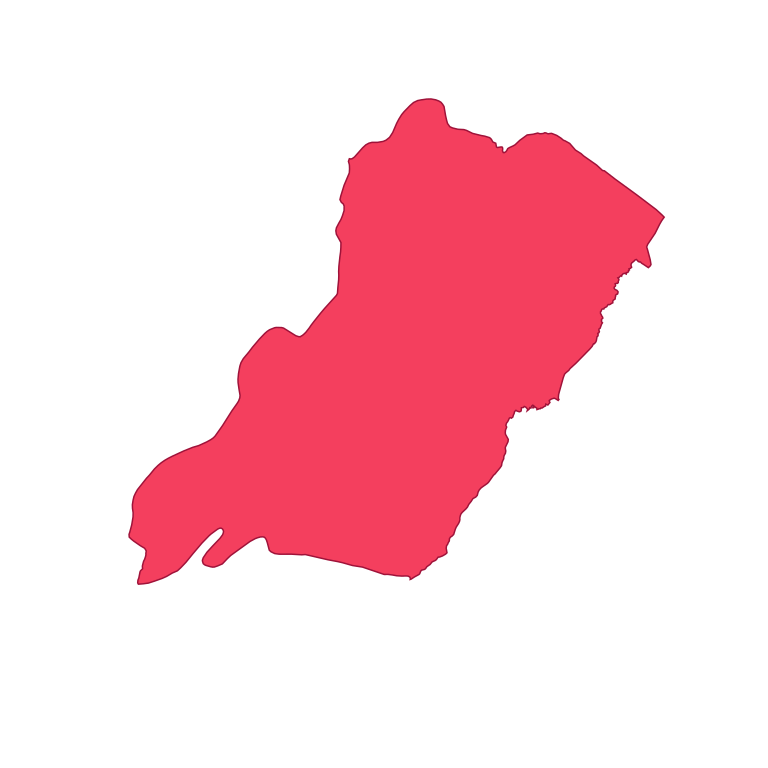 Banteay Srei, Siemréab, Cambodia (Natural Earth projection), rotated 214°
{"feature_id": "14789045B44101089408344", "entity_name": "Banteay Srei", "entity_type": "district", "adm_level": 2, "iso_a3": "KHM", "parent_name": "Cambodia", "parent_adm1": "Siemréab", "projection": "natural_earth1", "projection_center": [104.003, 13.597], "detail": "fine", "context": "isolated", "style": "filled", "palette": "rose", "viewbox_px": 768, "rotation_deg": 214, "n_neighbors": 0, "source": "geoboundaries", "source_scale": "gbopen_adm2", "svg_char_len": 6146}
<svg xmlns="http://www.w3.org/2000/svg" viewBox="0 0 768 768"><g transform="rotate(214 384 384)"><path d="M229.9,628.3L229.3,630.9L229.5,632.4L232.8,635.9L240.5,642.6L242.9,644.5L243.5,647.3L243.5,660.5L244.8,670.5L245.1,674.6L245.0,679.0L247.9,679.6L256.0,680.8L279.7,682.1L307.1,683.1L320.5,684.0L322.2,683.2L330.1,684.4L346.0,684.7L349.5,685.2L356.1,685.0L364.6,687.3L370.3,686.8L371.3,686.4L374.8,686.8L379.8,686.7L385.2,685.5L386.6,684.4L387.4,683.5L388.4,683.0L390.2,682.7L391.4,682.0L392.0,680.8L393.9,679.2L394.9,678.6L396.9,678.0L400.0,674.5L404.6,670.5L407.7,661.9L409.1,655.6L410.1,653.6L412.3,650.0L413.0,648.4L412.8,646.0L412.9,644.6L413.8,642.9L414.6,642.6L416.2,643.6L416.7,644.7L417.6,646.0L418.5,646.5L419.5,646.0L422.3,643.4L423.3,643.4L426.0,646.1L429.1,645.5L431.4,646.7L432.5,647.1L434.2,647.3L439.1,645.8L442.5,644.3L450.7,641.3L457.3,640.4L460.0,639.6L465.2,636.5L470.4,634.6L473.3,634.1L477.0,635.5L479.5,637.6L482.9,640.8L489.4,647.6L491.8,648.7L494.3,649.4L496.7,649.3L500.1,648.5L504.4,646.6L507.9,644.1L512.0,640.4L514.6,637.8L516.9,633.9L518.1,629.4L519.6,621.2L520.0,617.3L519.8,611.9L519.3,607.3L517.4,597.3L517.3,591.6L518.6,587.4L520.3,584.7L524.5,580.7L529.1,577.6L531.2,575.2L532.8,572.1L533.8,567.8L535.4,555.7L536.4,553.0L537.3,552.0L538.7,551.4L538.0,548.7L535.6,546.7L534.6,545.5L532.8,543.0L530.8,539.6L528.2,526.4L524.9,515.5L523.6,512.2L520.8,510.7L518.7,510.6L516.6,509.3L514.1,505.5L512.6,500.5L511.7,496.3L511.4,492.1L510.8,486.9L509.6,484.1L507.2,481.5L498.8,477.2L496.0,472.9L493.9,469.3L491.8,465.0L487.3,456.5L484.5,451.9L482.3,448.9L479.9,445.1L476.3,438.4L473.2,433.0L473.0,430.9L475.5,413.4L476.2,406.9L477.0,397.1L477.3,392.2L477.3,388.7L477.7,383.2L478.3,380.4L478.9,378.4L479.4,377.6L479.8,376.4L481.3,375.5L484.1,374.7L498.5,374.2L500.5,373.5L505.0,370.6L506.2,369.4L509.2,365.0L510.3,362.3L511.1,359.3L512.4,351.7L513.6,340.9L513.9,335.2L514.8,326.4L514.5,321.8L513.5,318.3L512.3,315.5L510.4,311.2L507.7,306.3L505.7,303.5L501.1,298.4L497.0,294.1L495.8,291.9L495.0,288.5L494.9,285.7L495.1,276.6L494.6,259.3L494.9,246.3L495.4,243.8L496.5,240.9L498.6,236.8L503.2,229.3L507.1,224.6L512.4,216.8L518.9,206.1L521.3,201.8L523.1,198.1L524.7,194.0L525.8,190.1L526.8,185.2L527.5,177.4L528.2,173.0L529.3,158.7L529.0,154.7L528.4,151.0L527.1,147.5L525.1,143.2L523.0,140.3L520.0,137.0L517.7,133.4L514.4,126.2L512.0,119.3L511.3,116.8L509.6,114.6L506.9,114.1L503.4,113.8L495.6,113.7L490.6,114.0L487.8,112.7L486.7,110.4L486.0,109.5L485.3,107.9L484.4,104.7L484.2,102.7L482.7,98.4L482.2,97.5L480.8,95.8L481.4,93.0L481.2,91.8L478.8,86.1L478.3,83.8L477.0,81.4L475.7,80.7L471.8,83.8L468.0,87.2L464.0,92.3L459.2,98.8L456.6,103.0L453.8,108.9L450.8,113.6L449.8,117.8L448.5,125.4L447.5,136.6L446.0,150.2L444.2,160.3L443.5,163.0L440.8,170.6L439.8,172.3L439.0,173.1L438.1,173.5L436.8,173.5L435.5,172.8L434.7,172.2L433.9,170.5L433.5,168.6L433.7,164.2L435.5,153.7L436.7,145.5L436.7,138.9L436.0,136.3L435.2,135.4L433.4,134.0L431.7,133.8L430.3,134.0L425.6,135.5L423.8,136.3L422.3,137.4L420.3,140.0L417.4,144.5L416.2,151.7L415.2,156.2L407.0,178.6L404.3,183.8L402.8,185.9L400.9,188.1L398.9,189.6L397.3,190.1L396.1,189.8L394.5,189.1L392.0,187.2L386.2,182.1L383.9,181.7L379.8,182.3L376.1,184.1L373.9,185.5L366.0,190.9L356.7,196.4L353.9,198.6L332.3,206.9L323.0,210.9L318.6,212.6L308.6,215.9L299.4,220.2L277.4,226.2L274.2,228.4L270.2,230.4L266.3,232.1L261.7,234.8L258.4,237.2L256.6,238.2L254.7,238.4L253.4,237.5L253.0,236.6L252.4,237.4L250.8,241.2L248.5,245.6L248.3,246.7L248.9,249.4L248.7,250.7L246.6,253.1L246.3,254.3L246.3,256.6L244.9,260.1L244.6,263.5L242.9,266.2L242.4,267.6L242.3,270.7L241.1,271.7L239.4,274.1L237.8,277.4L237.4,279.3L240.6,282.6L241.7,284.9L241.6,286.5L242.1,288.8L242.0,289.8L242.4,291.0L243.2,292.2L243.3,294.2L242.6,295.7L242.1,298.2L243.7,303.6L244.1,305.7L244.2,310.0L244.6,312.4L245.2,313.9L246.3,315.4L247.0,317.2L247.5,319.0L247.4,321.2L246.2,326.5L246.0,328.7L246.4,331.5L246.1,335.6L246.2,338.7L244.7,341.6L244.4,343.8L245.5,346.9L245.8,349.2L245.5,351.8L245.0,353.4L242.7,359.5L242.4,361.0L242.2,369.6L241.6,371.8L241.5,373.6L240.9,379.3L240.9,382.0L242.2,384.8L242.7,387.2L242.9,388.9L243.9,390.5L244.4,391.9L244.6,394.5L245.6,396.6L247.1,398.1L248.0,399.3L248.9,405.5L250.0,407.6L255.1,410.2L256.2,411.4L257.5,413.7L258.2,416.9L259.9,417.9L260.6,420.3L260.4,421.9L260.7,424.3L261.0,425.8L260.5,426.7L259.3,426.9L258.7,428.6L259.3,430.4L259.6,432.2L260.3,434.2L259.9,436.0L258.9,435.9L256.3,436.6L255.3,437.8L255.4,438.7L256.8,441.2L255.3,442.5L255.2,443.8L253.5,444.1L250.7,443.4L250.3,442.0L249.6,444.2L249.9,445.9L248.9,446.1L249.2,448.5L248.8,449.7L247.7,449.7L247.4,447.5L246.6,448.0L246.8,449.4L243.8,449.4L242.9,448.3L242.1,449.3L241.7,450.2L240.7,450.7L240.5,451.8L239.5,452.5L238.5,455.1L237.8,456.1L238.6,457.8L236.4,458.2L236.1,461.5L237.2,462.1L237.8,462.8L236.8,465.2L235.0,467.4L233.7,467.7L230.4,467.8L230.3,469.0L231.5,469.6L233.3,472.8L234.1,475.0L238.9,489.4L239.8,493.1L239.5,495.0L238.4,498.7L238.4,500.8L236.5,508.6L232.9,528.2L232.5,531.6L232.8,534.5L232.1,535.0L231.9,537.4L232.2,538.7L233.8,542.2L233.5,543.6L234.2,544.8L235.1,545.5L234.5,546.7L234.8,548.0L235.9,548.7L236.5,549.8L236.0,551.0L237.1,555.3L237.1,556.9L238.5,557.2L238.9,558.1L239.6,558.6L239.7,559.8L239.4,561.0L240.4,561.8L241.2,562.0L242.6,562.9L243.9,563.5L244.9,564.9L244.7,566.1L245.2,567.3L245.0,568.3L243.7,569.1L243.9,570.3L242.6,572.6L242.6,575.2L241.4,575.9L240.9,576.8L240.4,578.1L239.7,579.3L240.5,580.3L240.8,581.5L239.9,583.8L240.6,584.8L241.0,586.2L241.6,587.0L241.4,588.4L240.7,589.1L241.0,590.4L241.6,591.4L243.3,591.9L245.5,591.6L246.7,592.0L247.3,593.1L246.9,594.5L247.3,595.5L248.4,596.3L247.5,597.6L246.7,598.0L246.5,599.1L247.2,600.0L247.3,601.0L247.8,602.2L249.5,602.8L248.7,603.9L248.5,605.2L248.1,606.3L247.3,606.3L247.7,607.6L247.4,609.1L246.6,610.2L244.7,610.6L245.5,611.8L244.4,612.6L244.1,613.9L244.8,614.8L244.3,615.7L245.3,616.6L244.4,617.6L244.0,619.3L245.3,620.2L246.2,621.6L246.3,623.0L245.5,625.4L245.2,627.3L244.5,628.3L242.9,628.1L241.7,627.7L240.5,628.0L239.6,628.6L238.0,628.2L235.5,628.3L229.9,628.3Z" fill="#f43f5e" stroke="#9f1239" stroke-width="1.5"/></g></svg>